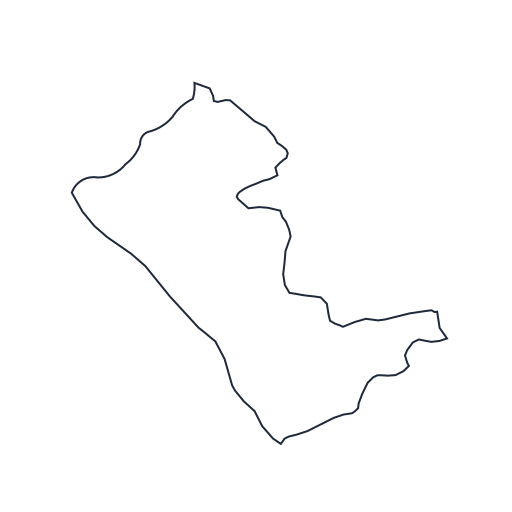 Jarablus, Aleppo, Syria (Robinson projection), rotated 248°
{"feature_id": "27442178B60985416821817", "entity_name": "Jarablus", "entity_type": "district", "adm_level": 2, "iso_a3": "SYR", "parent_name": "Syria", "parent_adm1": "Aleppo", "projection": "robinson", "projection_center": [38.008, 36.678], "detail": "fine", "context": "isolated", "style": "outline", "palette": "slate", "viewbox_px": 512, "rotation_deg": 248, "n_neighbors": 0, "source": "geoboundaries", "source_scale": "gbopen_adm2", "svg_char_len": 5940}
<svg xmlns="http://www.w3.org/2000/svg" viewBox="0 0 512 512"><g transform="rotate(248 256 256)"><path d="M136.5,403.1L137.1,400.6L139.9,398.4L141.4,392.9L145.2,377.1L147.1,363.8L148.8,351.8L150.6,345.0L156.6,334.4L157.8,322.7L157.8,310.1L160.4,307.6L163.8,303.8L168.2,300.4L173.8,301.2L185.2,303.8L193.4,300.5L196.8,294.6L201.6,285.7L206.2,278.4L209.3,273.2L218.3,271.9L229.0,274.4L239.0,279.9L249.5,285.2L261.1,295.4L267.9,296.6L276.4,296.6L282.2,295.0L289.0,295.4L296.2,285.2L300.1,277.4L303.1,266.9L308.4,264.2L315.2,260.8L318.2,260.4L320.3,262.2L321.5,264.9L322.8,271.2L323.1,277.2L323.0,283.2L323.1,291.0L322.2,297.4L322.8,306.1L330.7,307.1L333.3,312.9L334.9,317.7L335.5,320.9L339.3,323.9L343.2,323.9L348.4,321.2L352.9,318.1L359.7,317.6L372.1,313.4L381.5,305.2L394.4,298.5L410.0,290.3L411.9,286.4L413.2,278.2L415.5,275.0L420.7,276.2L428.8,275.8L439.5,263.8L439.1,263.7L438.6,263.5L438.1,263.3L437.5,263.1L437.1,262.9L436.6,262.8L436.2,262.6L435.7,262.4L435.2,262.2L434.8,262.0L434.4,261.8L433.9,261.6L433.5,261.4L432.9,261.1L432.4,260.9L432.0,260.6L431.6,260.4L431.2,260.1L430.7,259.9L430.2,259.6L429.7,259.3L429.3,259.1L428.9,258.8L428.5,258.5L428.1,258.3L427.7,258.0L427.3,257.7L426.9,257.4L426.5,257.1L426.1,256.8L425.7,256.5L425.3,256.2L425.3,255.4L425.2,254.6L425.2,254.0L425.1,253.5L425.0,252.6L424.9,251.8L424.7,251.0L424.6,250.2L424.5,249.6L424.4,249.1L424.2,248.3L424.0,247.5L423.9,246.9L423.7,246.4L423.5,245.6L423.3,244.8L423.0,244.0L422.8,243.2L422.5,242.4L422.2,241.7L421.9,240.9L421.6,240.1L421.2,239.4L420.9,238.6L420.6,238.1L420.3,237.3L419.9,236.6L419.6,236.1L419.4,235.6L419.0,234.9L418.5,234.2L418.1,233.5L417.7,232.7L417.2,232.0L416.7,231.4L416.3,230.7L416.0,230.2L415.8,229.7L415.5,229.2L415.3,228.7L415.1,228.2L414.9,227.7L414.6,227.2L414.4,226.7L414.2,226.2L414.0,225.7L413.8,225.2L413.7,224.7L413.5,224.2L413.3,223.7L413.1,223.1L413.0,222.6L412.8,222.1L412.7,221.6L412.5,221.1L412.4,220.5L412.3,220.0L412.2,219.5L412.0,218.7L411.9,218.2L411.8,217.6L411.7,217.1L411.6,216.6L411.5,215.8L411.4,215.2L411.3,214.7L411.2,213.9L411.2,213.3L411.1,212.8L411.1,212.5L411.1,212.0L411.0,211.5L411.0,211.2L411.0,210.6L411.0,210.1L411.0,209.6L411.0,209.3L411.0,208.8L411.0,208.2L411.0,207.7L411.0,207.4L411.1,206.9L411.1,206.6L411.1,206.1L411.1,205.5L411.2,204.7L411.3,204.2L411.4,203.8L411.4,203.5L411.4,203.3L411.5,202.9L411.5,202.4L411.5,202.0L411.5,201.7L411.5,201.3L411.5,201.1L411.4,200.6L411.4,200.4L411.4,200.1L411.3,199.7L411.2,199.4L411.1,199.0L411.0,198.7L410.9,198.3L410.8,198.0L410.8,197.8L410.6,197.5L410.6,197.3L410.4,197.0L410.3,196.7L410.1,196.4L410.0,196.2L409.8,195.9L409.6,195.6L409.5,195.4L409.4,195.3L409.2,195.0L409.0,194.7L408.8,194.4L408.5,194.1L408.4,194.0L408.3,193.9L408.0,193.6L407.9,193.5L407.7,193.2L407.4,193.0L407.1,192.7L406.8,192.5L406.5,192.3L406.2,192.1L405.8,191.8L405.5,191.6L405.1,191.4L404.7,191.1L404.3,191.0L404.2,190.9L403.8,190.8L403.5,190.6L403.1,190.5L402.6,190.0L402.2,189.7L401.8,189.3L401.4,189.0L400.9,188.4L400.5,188.0L400.2,187.7L399.8,187.3L399.3,186.7L398.9,186.4L398.6,186.0L398.3,185.6L397.8,185.0L397.5,184.6L397.0,184.0L396.7,183.6L396.4,183.2L396.0,182.5L395.5,181.9L395.3,181.5L395.0,181.0L394.6,180.4L394.3,179.9L394.1,179.5L393.8,179.1L393.6,178.6L393.2,177.9L393.0,177.5L392.8,177.0L392.5,176.3L392.2,175.9L392.0,175.4L391.7,174.7L391.6,174.2L391.4,173.8L391.2,173.3L391.0,172.8L390.9,172.3L390.7,171.8L390.5,171.1L390.3,170.4L390.1,169.9L390.0,169.4L389.7,168.8L389.4,168.2L389.2,168.0L389.0,167.4L388.7,166.8L388.5,166.5L388.3,165.9L388.0,165.3L387.9,165.0L387.7,164.3L387.4,163.7L387.2,163.1L387.1,162.8L387.0,162.5L386.8,161.9L386.8,161.5L386.6,160.9L386.4,160.3L386.4,160.0L386.2,159.3L386.1,159.0L386.1,158.7L386.0,158.0L385.9,157.7L385.8,157.1L385.7,156.4L385.7,156.1L385.6,155.4L385.6,155.1L385.5,154.5L385.5,154.1L385.5,153.5L385.5,153.2L385.5,152.5L385.5,152.2L385.5,151.9L385.5,151.2L385.5,150.5L385.5,150.2L385.5,149.6L385.6,149.2L385.6,148.9L385.7,148.3L385.7,147.6L385.8,147.3L385.9,146.6L385.9,146.3L386.1,145.7L386.1,145.4L386.2,144.7L386.4,144.1L386.5,143.8L386.5,143.4L386.7,142.8L386.9,142.2L387.1,141.5L387.2,141.2L387.4,140.6L387.6,140.0L387.7,139.7L388.0,139.1L388.2,138.5L388.3,138.2L388.5,137.9L388.7,137.6L388.9,137.2L389.0,136.9L389.2,136.6L389.3,136.3L389.5,136.0L389.6,135.6L389.8,135.3L389.9,135.0L390.1,134.7L390.2,134.3L390.3,134.0L390.4,133.7L390.5,133.3L390.6,133.0L390.7,132.6L390.8,132.3L390.9,132.0L391.0,131.6L391.1,131.3L391.2,130.9L391.2,130.6L391.3,130.2L391.3,129.9L391.4,129.5L391.4,129.2L391.5,128.8L391.5,128.5L391.6,128.1L391.6,127.8L391.6,127.4L391.6,127.1L391.6,126.7L391.6,126.3L391.6,126.0L391.6,125.6L391.6,125.3L391.6,124.9L391.6,124.6L391.5,124.2L391.5,123.9L391.5,123.5L391.4,123.2L391.4,122.8L391.3,122.5L391.2,122.1L391.2,121.8L391.1,121.4L391.0,121.1L390.9,120.7L390.8,120.4L390.7,120.0L390.6,119.7L390.5,119.4L390.4,119.0L390.3,118.7L390.2,118.4L390.1,118.0L389.9,117.7L389.8,117.4L389.7,117.0L389.5,116.7L389.4,116.4L389.2,116.1L389.0,115.8L388.9,115.4L388.7,115.1L388.5,114.8L388.3,114.5L388.2,114.2L388.0,113.9L387.8,113.6L387.6,113.3L387.4,113.0L387.2,112.7L386.9,112.4L386.7,112.2L386.5,111.9L386.3,111.6L386.1,111.3L385.8,111.1L385.6,110.8L385.3,110.5L385.1,110.3L384.8,110.0L384.6,109.8L384.3,109.5L384.1,109.3L383.7,108.9L361.9,111.8L357.1,113.4L355.6,113.8L344.3,117.4L329.2,125.1L305.0,141.0L288.1,149.6L250.5,161.1L240.7,164.8L211.2,175.8L206.1,178.7L192.1,186.3L172.3,188.3L144.9,185.4L139.2,186.1L133.4,187.9L125.7,190.3L112.7,196.6L95.8,198.0L80.4,203.4L72.5,208.6L76.0,214.2L76.3,218.7L75.2,226.5L74.4,238.1L76.8,267.3L76.2,277.8L74.2,286.2L75.1,289.9L76.6,293.6L80.9,296.0L88.3,302.8L96.6,312.0L99.7,319.4L99.9,324.1L98.1,328.3L95.6,333.6L93.3,340.7L94.0,349.6L96.8,356.6L100.3,356.2L108.0,356.9L112.1,360.9L117.1,369.0L117.6,375.7L113.4,382.1L110.7,386.4L108.5,394.3L108.0,402.2L111.1,401.5L120.5,399.3L126.8,400.8L136.5,403.1Z" fill="none" stroke="#1e293b" stroke-width="2"/></g></svg>